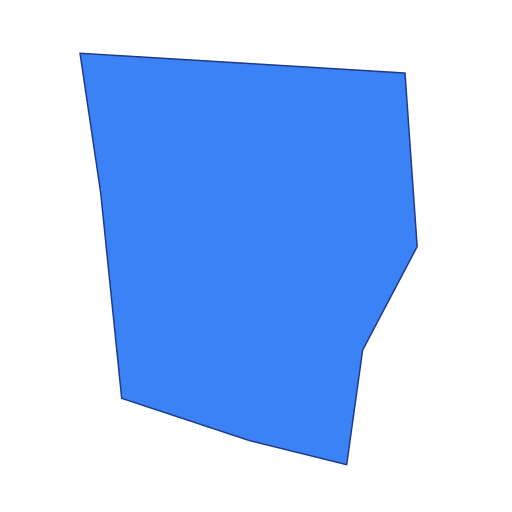 Wan Chai, Robinson projection, rotated 86°
{"feature_id": "HKG-5154", "entity_name": "Wan Chai", "entity_type": "state/province", "adm_level": 1, "iso_a3": "HKG", "parent_name": "Hong Kong S.A.R.", "parent_adm1": "", "projection": "robinson", "projection_center": [114.179, 22.269], "detail": "fine", "context": "isolated", "style": "filled", "palette": "blue", "viewbox_px": 512, "rotation_deg": 86, "n_neighbors": 0, "source": "natural_earth", "source_scale": "10m", "svg_char_len": 272}
<svg xmlns="http://www.w3.org/2000/svg" viewBox="0 0 512 512"><g transform="rotate(86 256 256)"><path d="M83.9,94.6L257.9,94.6L357.3,156.2L470.5,180.1L439.7,275.4L388.6,399.9L182.2,406.5L41.5,417.4L83.9,94.6Z" fill="#3b82f6" stroke="#1e3a8a" stroke-width="1.5"/></g></svg>